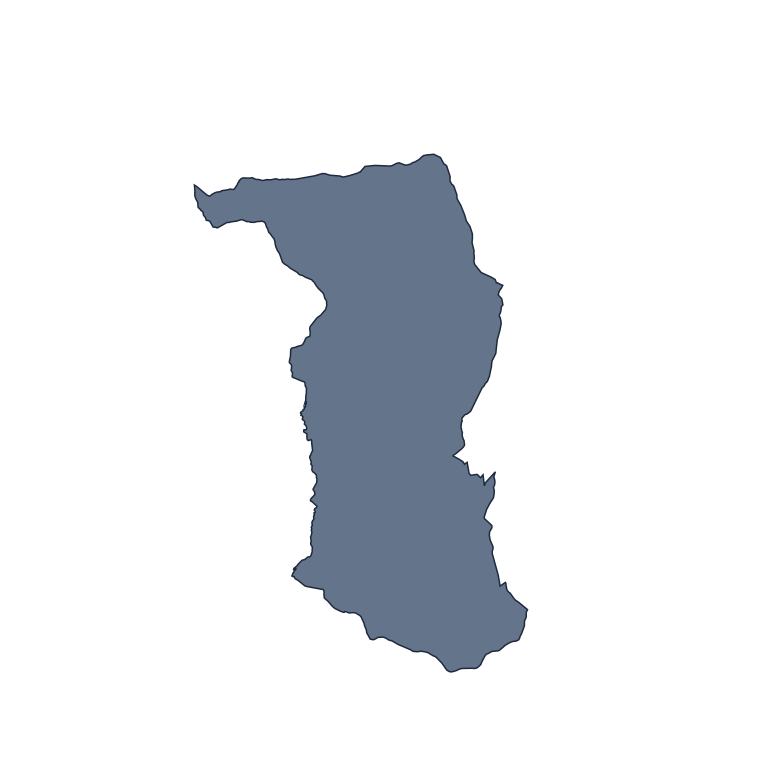 Bilbor, Harghita, Romania (Albers equal-area conic projection), rotated 224°
{"feature_id": "2599482B34783893075805", "entity_name": "Bilbor", "entity_type": "district", "adm_level": 2, "iso_a3": "ROU", "parent_name": "Romania", "parent_adm1": "Harghita", "projection": "albers", "projection_center": [25.478, 47.092], "detail": "fine", "context": "isolated", "style": "filled", "palette": "slate", "viewbox_px": 768, "rotation_deg": 224, "n_neighbors": 0, "source": "geoboundaries", "source_scale": "gbopen_adm2", "svg_char_len": 6171}
<svg xmlns="http://www.w3.org/2000/svg" viewBox="0 0 768 768"><g transform="rotate(224 384 384)"><path d="M658.6,395.4L654.3,391.7L651.1,388.2L648.4,386.6L644.2,385.3L640.4,381.9L638.0,382.0L636.6,381.7L633.9,382.0L630.8,379.9L628.0,379.7L625.6,378.3L623.5,379.7L622.2,380.0L615.9,378.2L614.1,379.7L612.6,380.3L612.1,381.1L609.2,391.0L607.6,392.7L606.5,394.6L603.2,398.7L600.8,403.1L600.0,403.8L598.5,404.2L598.1,404.6L595.4,405.5L593.9,407.1L592.4,407.6L589.6,410.2L588.5,412.1L584.8,416.4L582.5,417.4L580.6,417.0L577.4,415.3L575.5,414.8L572.2,413.0L569.5,413.0L567.7,412.5L564.3,412.1L561.7,410.9L559.8,409.3L556.8,407.4L553.2,405.9L551.3,405.6L549.1,404.9L541.6,401.1L538.9,401.2L535.5,402.0L532.1,402.1L524.0,404.0L521.6,403.8L519.9,404.3L518.2,405.4L514.4,406.3L508.4,408.8L507.1,408.6L505.2,408.7L501.3,407.7L496.9,407.0L496.0,407.4L494.9,407.0L491.9,407.2L489.5,406.6L486.1,404.5L483.2,403.9L479.5,400.5L478.9,399.0L478.0,397.8L477.7,396.7L477.5,391.8L477.3,389.8L478.0,386.2L478.1,384.2L477.0,374.1L476.0,372.3L472.3,369.3L470.7,367.1L470.8,366.3L471.9,363.7L472.0,362.4L470.5,358.4L469.9,355.6L470.4,354.2L472.4,350.9L473.0,349.3L475.3,345.7L475.1,344.1L470.2,338.5L468.5,335.5L466.9,333.6L464.4,333.6L463.6,333.3L461.7,331.4L460.6,329.6L459.7,329.0L457.6,328.5L455.1,325.4L454.1,325.5L445.1,329.0L443.0,330.1L441.7,329.9L439.1,327.8L437.0,327.2L433.2,323.1L432.3,321.6L429.1,318.0L427.3,314.7L427.1,316.8L426.9,316.6L424.8,312.7L425.9,312.5L424.0,310.7L423.9,310.3L424.4,309.5L423.7,308.3L424.2,306.6L424.2,305.7L423.9,305.1L422.3,305.0L422.1,303.8L420.6,304.2L419.3,303.9L418.9,303.4L418.7,302.4L418.4,301.9L417.4,301.8L415.7,302.1L414.4,301.4L413.4,299.8L410.8,299.8L409.3,298.8L408.5,297.9L408.2,296.9L409.8,295.4L408.6,293.8L404.9,294.6L401.1,290.9L400.3,290.6L398.9,290.9L397.9,293.3L396.7,293.0L395.0,291.3L389.1,286.5L388.2,283.5L387.3,281.8L387.3,280.7L386.3,279.4L382.0,277.3L381.5,276.6L381.1,275.6L378.8,275.2L376.3,272.2L375.7,271.8L374.1,271.4L372.2,271.7L369.8,271.6L369.0,271.2L367.5,269.6L366.3,269.2L364.3,266.8L363.8,265.8L362.0,259.1L361.2,258.6L358.6,258.0L356.9,256.4L356.9,251.4L356.6,250.0L356.0,249.1L355.6,248.9L353.7,249.4L347.6,249.5L346.7,248.4L347.2,246.3L346.9,245.4L346.2,244.7L345.9,244.9L344.8,244.4L344.3,243.8L344.2,243.5L344.6,242.9L344.2,242.9L344.0,241.9L343.5,241.9L343.1,241.5L343.0,240.5L342.1,239.2L341.0,238.5L340.5,237.7L340.5,236.5L340.0,234.9L338.8,233.4L337.3,232.7L337.3,231.7L336.7,230.4L335.5,229.8L334.7,228.3L333.0,227.4L331.3,224.9L330.6,223.0L327.1,220.3L326.4,218.8L325.3,217.9L325.2,218.0L324.0,217.3L322.4,217.0L319.0,213.2L317.3,209.7L317.2,208.7L317.4,208.1L318.6,206.7L319.1,202.6L320.5,200.3L320.6,195.0L320.3,192.8L320.7,188.8L320.1,187.6L319.8,187.7L319.8,189.7L319.3,190.0L318.7,189.7L318.7,187.9L318.0,184.4L317.2,182.8L316.9,181.9L315.6,182.2L315.3,182.8L314.8,183.0L312.6,182.2L309.9,183.0L300.7,183.8L299.2,184.5L284.9,193.9L283.8,193.6L282.7,192.8L280.9,190.8L278.3,188.6L273.2,188.8L266.9,188.2L263.4,188.4L257.0,190.5L254.3,191.8L254.0,192.2L254.2,193.0L253.7,193.5L249.9,195.2L247.8,197.7L245.6,199.5L240.3,200.7L238.7,200.6L231.9,197.9L230.2,196.7L225.9,194.8L223.7,193.1L216.7,190.9L214.7,192.1L213.6,193.2L212.2,197.8L208.8,201.3L206.1,202.5L202.9,203.1L199.6,204.8L192.8,206.5L180.5,211.2L177.3,211.9L173.9,214.7L171.8,217.4L170.5,218.4L168.5,219.8L165.7,221.3L160.0,222.6L157.8,223.5L155.9,223.7L148.3,223.4L140.0,221.8L137.2,222.5L136.1,223.2L134.8,224.7L132.9,228.1L131.7,231.3L130.5,233.3L123.7,240.2L121.1,242.4L120.3,243.5L119.7,245.5L119.5,249.3L120.8,252.7L122.3,257.8L122.7,260.5L121.6,263.2L120.8,266.1L120.3,267.0L116.9,270.9L116.3,271.8L115.9,273.3L115.3,280.1L114.3,283.9L113.2,287.0L112.4,288.4L110.3,291.0L109.4,293.5L109.8,295.2L110.8,297.1L111.5,299.6L114.7,306.9L115.2,307.8L118.2,311.0L119.7,315.0L123.1,318.7L124.0,321.4L135.5,320.5L139.4,319.8L141.8,320.0L147.9,321.2L149.3,320.9L151.8,321.1L153.6,321.9L155.3,323.3L156.8,324.2L157.9,325.4L158.9,325.5L160.1,319.3L169.2,325.9L188.3,337.2L189.8,338.7L191.3,341.4L192.6,342.7L199.3,345.5L203.1,348.3L205.3,350.9L206.5,355.5L208.1,357.1L218.1,357.0L219.3,357.5L223.1,365.2L224.9,371.6L226.2,378.1L227.9,380.7L230.8,384.1L233.3,385.5L234.4,388.3L236.2,390.7L238.0,392.1L240.5,393.5L242.9,398.2L242.4,383.2L241.1,380.5L249.7,387.5L249.5,383.6L253.9,383.8L254.9,382.9L258.0,378.7L260.7,378.8L269.8,385.4L270.4,382.2L273.1,382.9L277.6,382.1L284.4,380.2L284.6,380.9L283.9,383.9L283.1,391.7L283.2,394.5L283.8,396.2L287.3,399.0L288.3,399.2L291.2,400.7L293.1,402.3L294.0,403.7L294.9,403.9L299.6,407.2L299.7,408.0L300.7,408.8L300.9,409.5L301.7,410.3L301.9,411.6L303.3,412.5L304.4,414.2L304.3,415.8L304.6,417.8L303.7,419.5L303.1,421.6L302.8,424.8L310.7,449.1L310.7,451.8L311.5,455.1L311.4,457.5L313.3,462.3L318.7,471.0L322.2,475.4L324.8,483.6L333.2,494.4L337.9,503.1L341.2,508.2L342.9,510.0L346.6,512.5L348.3,513.0L348.9,513.6L349.8,516.1L351.0,518.2L353.3,521.2L353.4,523.5L358.5,527.1L363.6,527.4L365.2,530.0L366.3,533.5L366.0,533.9L367.1,537.5L370.6,536.1L372.4,535.8L373.3,534.8L376.6,536.4L381.2,535.3L391.5,531.7L401.9,533.0L405.4,535.4L405.9,536.7L408.9,539.5L409.5,539.7L411.8,542.4L418.8,546.8L422.2,550.9L424.9,553.5L431.5,557.0L438.0,558.5L443.8,561.8L452.7,565.8L459.5,567.8L460.9,568.6L463.0,570.7L470.7,574.6L472.8,575.0L473.9,574.7L477.5,575.9L480.6,579.2L490.6,584.5L494.1,584.0L500.7,586.1L507.7,583.9L512.4,578.4L514.2,575.8L514.6,573.3L514.7,569.9L516.1,565.0L517.2,563.1L517.8,560.4L519.6,557.4L521.2,556.0L526.8,553.6L528.1,551.7L529.9,546.6L531.0,545.0L542.2,535.1L548.8,527.3L548.4,519.8L549.1,519.0L549.3,517.7L553.4,510.2L557.1,504.5L560.3,502.9L568.0,496.6L572.6,494.3L574.6,492.5L578.4,485.7L590.0,469.7L594.1,465.5L595.3,465.0L597.3,462.5L597.6,461.7L599.3,460.8L599.7,459.9L601.7,457.8L604.1,456.8L607.5,452.0L610.2,449.7L612.7,446.0L616.6,443.8L618.1,442.3L622.2,440.8L623.8,438.6L628.5,434.4L629.4,432.5L629.4,429.4L628.8,429.0L628.9,427.6L628.0,425.4L627.1,420.4L627.6,419.2L630.3,417.1L631.1,415.4L635.1,410.2L635.1,409.3L635.6,408.3L637.6,405.8L638.5,404.0L639.5,401.0L639.7,398.4L640.0,397.9L642.7,396.9L655.6,396.0L658.6,395.4Z" fill="#64748b" stroke="#1e293b" stroke-width="1.5"/></g></svg>